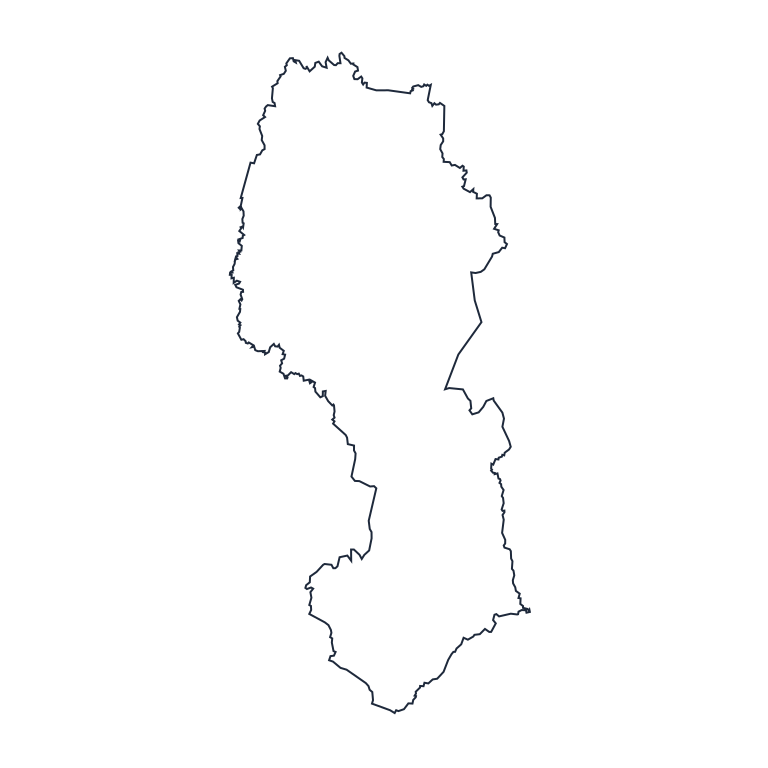 outline of Nzema East, Western, Ghana, rotated 4°
{"feature_id": "2480657B37092877755739", "entity_name": "Nzema East", "entity_type": "district", "adm_level": 2, "iso_a3": "GHA", "parent_name": "Ghana", "parent_adm1": "Western", "projection": "natural_earth1", "projection_center": [-2.226, 5.086], "detail": "fine", "context": "isolated", "style": "outline", "palette": "slate", "viewbox_px": 768, "rotation_deg": 4, "n_neighbors": 0, "source": "geoboundaries", "source_scale": "gbopen_adm2", "svg_char_len": 6087}
<svg xmlns="http://www.w3.org/2000/svg" viewBox="0 0 768 768"><g transform="rotate(4 384 384)"><path d="M267.4,65.7L264.2,71.0L264.8,72.8L263.0,74.5L264.2,78.4L262.4,81.6L258.8,83.1L259.4,84.4L256.5,89.3L256.9,91.4L251.6,95.2L252.5,96.6L252.3,106.9L253.3,110.4L255.2,111.3L256.0,114.5L248.6,113.9L247.0,115.4L245.7,117.6L246.4,119.8L244.7,124.3L246.7,126.0L241.6,129.8L240.0,133.3L242.2,135.6L242.0,138.3L245.2,145.1L245.0,149.2L248.2,154.2L248.5,158.0L246.3,159.4L244.3,163.6L241.2,164.4L239.0,172.9L235.4,172.5L228.1,208.5L229.8,208.3L228.7,216.2L226.8,218.3L228.3,219.6L229.0,218.8L229.0,219.7L229.9,218.8L231.8,221.6L232.3,225.9L231.2,229.3L231.7,233.0L232.8,233.5L232.5,237.5L232.0,236.7L230.1,237.6L230.8,238.4L229.0,241.5L234.1,245.1L232.8,246.0L232.8,248.2L229.3,249.7L230.4,250.5L230.1,251.9L228.5,251.4L229.0,253.7L232.5,256.1L232.4,260.7L230.1,260.9L231.2,262.1L229.6,262.8L230.4,264.1L228.5,263.9L228.9,266.5L227.5,267.0L227.0,269.6L228.1,268.4L229.0,269.4L226.8,270.3L226.6,274.6L225.2,277.8L225.7,281.2L223.6,282.5L224.7,283.4L222.7,283.9L222.6,285.8L224.4,285.7L224.5,289.2L226.8,288.5L227.0,293.6L230.0,291.2L233.3,292.1L232.4,293.9L228.7,295.5L230.1,297.8L236.7,299.8L237.0,301.9L235.2,302.2L234.7,304.8L236.7,309.3L236.1,310.6L234.8,309.5L233.3,311.2L235.2,314.6L234.5,319.1L235.4,319.2L235.3,322.1L232.6,327.6L233.6,331.0L236.4,332.8L235.2,334.8L236.7,335.4L235.6,337.0L236.3,337.9L235.9,342.1L234.7,343.7L238.6,349.8L240.8,349.1L243.0,351.0L243.3,352.6L245.3,353.1L246.2,352.0L251.1,354.5L249.6,356.5L251.9,355.8L253.2,359.2L255.9,360.1L262.2,359.4L261.4,360.7L263.3,360.9L263.3,362.6L266.8,360.2L267.9,355.3L271.3,351.7L272.8,354.0L275.2,354.1L276.5,352.2L277.4,355.1L281.7,357.9L280.8,361.3L283.3,361.6L282.6,365.7L279.8,367.5L280.9,370.5L279.0,373.0L279.8,375.1L279.1,378.9L283.0,380.8L284.9,385.3L287.0,385.2L287.3,384.2L285.7,382.6L287.5,382.2L290.5,378.7L293.8,380.4L294.9,379.3L296.7,380.2L298.3,379.6L299.6,381.8L301.1,381.2L302.9,382.1L303.7,386.3L308.8,384.9L310.1,388.4L311.6,387.2L311.1,385.5L315.1,387.4L314.0,391.9L315.5,392.9L316.1,396.4L321.4,401.7L323.8,400.4L323.5,395.7L326.3,395.0L326.1,399.9L329.5,405.0L333.9,409.0L335.0,408.0L335.6,408.8L336.6,414.9L336.0,418.6L337.0,421.0L334.9,423.1L337.2,424.7L336.0,427.1L349.4,437.6L350.9,440.1L352.1,446.5L358.4,447.5L358.7,452.4L360.5,455.2L360.5,460.9L358.0,478.6L361.7,482.7L366.2,482.6L377.3,487.2L381.2,486.6L383.6,488.6L378.3,521.5L379.9,529.6L381.9,532.6L382.4,538.8L380.8,551.1L376.3,555.8L374.0,560.1L371.5,556.1L365.5,551.2L362.7,551.4L363.6,562.6L359.4,557.7L351.8,559.9L350.3,569.1L348.4,571.1L346.3,571.3L344.2,568.0L337.3,567.7L335.9,568.6L329.9,576.1L323.7,581.2L323.8,587.0L320.4,590.1L319.8,592.9L321.4,593.9L325.4,592.1L327.6,593.1L325.1,596.8L326.5,602.3L324.9,609.7L326.6,610.5L327.1,614.5L325.5,618.6L341.6,625.9L345.4,628.4L348.2,633.1L348.9,635.9L347.9,640.3L350.1,641.4L350.0,645.6L352.3,654.0L354.4,654.7L353.0,658.5L349.6,659.2L348.5,663.4L352.5,664.5L360.4,670.2L366.6,671.6L386.7,683.6L389.6,686.4L391.0,690.0L393.8,692.1L395.1,700.2L394.3,703.7L412.8,709.0L417.6,711.5L418.9,708.6L421.2,709.3L426.6,707.0L430.6,700.9L434.7,700.8L435.2,697.1L437.5,694.3L437.7,693.1L436.3,692.8L437.5,690.6L437.1,688.8L441.1,684.3L441.1,682.7L444.5,682.7L445.2,679.2L449.1,679.6L453.2,675.3L457.6,674.3L463.5,667.0L467.3,654.7L470.2,648.8L471.9,646.4L473.6,646.2L474.8,642.8L479.2,638.3L481.1,631.6L485.5,633.2L490.7,629.7L491.7,627.9L497.0,626.9L501.8,621.3L506.3,624.0L508.2,623.8L512.2,615.0L509.3,611.9L510.3,606.5L512.1,605.7L515.0,607.8L526.5,604.3L532.9,604.6L533.8,604.3L534.1,601.7L537.1,599.9L541.4,599.8L542.1,602.2L545.4,601.2L544.8,599.0L544.3,600.0L542.9,598.4L538.3,597.6L538.2,595.8L535.3,593.9L535.2,588.3L533.1,588.1L534.0,583.7L530.0,581.2L529.1,577.6L526.7,573.9L526.2,570.8L527.3,565.8L526.2,561.2L524.5,559.5L524.5,551.8L523.0,549.3L522.2,541.9L520.9,540.1L515.6,538.8L514.7,536.7L516.0,534.7L515.8,531.0L512.2,524.3L512.9,511.0L511.4,506.4L513.1,503.5L512.9,501.9L511.1,502.3L510.1,501.0L511.7,494.6L510.7,489.3L509.3,487.6L510.7,481.4L508.2,478.3L507.8,475.7L506.1,474.6L507.0,472.2L506.4,470.8L504.8,470.3L503.4,465.3L500.7,466.2L500.7,465.0L498.9,464.9L496.9,462.9L497.7,461.9L496.8,461.0L496.7,456.0L498.6,456.8L500.5,451.1L503.4,451.3L503.6,449.5L506.6,448.3L507.0,446.4L508.9,446.8L509.2,444.1L513.3,440.6L514.8,437.8L512.8,432.2L505.1,418.4L506.1,410.2L504.1,404.3L494.6,392.9L494.0,390.6L487.3,393.8L484.6,399.9L480.4,405.7L474.2,408.1L471.1,404.3L472.7,402.2L471.4,394.8L468.7,392.6L463.1,383.9L449.3,383.5L445.3,385.0L456.1,349.4L476.9,315.5L468.7,294.3L463.2,266.6L467.6,266.9L472.7,265.4L476.1,262.6L482.9,249.3L483.4,246.5L489.3,244.4L492.4,239.8L495.3,240.1L496.9,235.8L494.4,234.1L493.9,229.5L489.0,227.8L487.3,224.6L487.7,222.7L483.0,221.5L485.7,216.6L483.8,216.6L483.1,210.6L478.0,199.8L477.5,190.6L476.1,188.4L473.0,188.6L469.1,191.9L463.5,192.4L463.4,187.7L459.5,186.1L459.5,183.4L456.4,186.6L449.8,183.6L448.4,181.7L450.0,181.0L451.2,174.1L449.1,174.4L447.8,172.4L451.8,167.4L451.3,165.2L448.4,165.7L448.4,161.6L447.1,160.8L444.6,163.2L439.5,160.5L436.3,161.3L434.1,158.1L428.0,158.2L428.0,155.4L426.3,153.5L426.3,149.9L423.7,145.8L423.9,141.7L426.1,137.8L425.9,134.9L423.1,131.3L424.7,130.7L426.1,127.7L424.8,102.4L420.2,99.7L419.1,101.2L416.4,101.7L414.7,100.4L412.8,103.2L411.7,100.5L409.2,99.8L407.8,97.8L409.8,82.3L408.1,83.4L406.4,82.4L405.3,83.6L403.2,82.4L402.5,84.2L400.4,85.0L397.3,83.5L392.4,85.2L391.5,86.6L392.5,87.5L391.6,88.2L392.2,89.1L390.2,90.0L389.8,92.2L367.8,90.7L355.9,91.6L346.0,89.5L345.9,84.8L343.5,84.7L342.3,86.7L340.9,84.8L341.1,80.6L339.8,78.9L336.4,81.8L333.2,81.9L331.8,78.8L333.4,74.3L336.2,73.2L335.4,69.7L331.1,67.4L331.1,66.4L328.6,66.8L325.9,63.6L321.9,61.5L321.6,59.7L318.5,56.5L316.7,57.9L316.6,59.8L318.2,67.0L315.4,67.2L313.8,69.3L312.0,69.3L306.3,65.0L305.0,62.5L303.3,67.0L304.7,72.5L300.1,71.4L296.4,67.0L293.1,68.5L292.8,72.3L288.0,77.3L284.4,72.2L285.1,74.2L283.6,75.1L281.8,74.6L276.8,67.5L272.8,67.1L273.6,69.5L271.4,68.4L270.4,65.3L267.4,65.7Z" fill="none" stroke="#1e293b" stroke-width="2"/></g></svg>